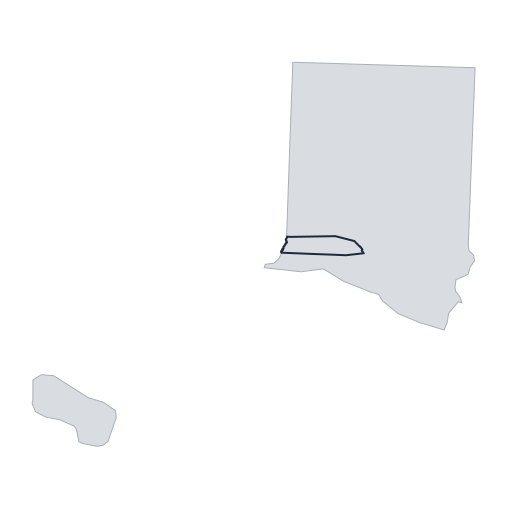 location of Machinda, Litoral, Equatorial Guinea, rotated 272°
{"feature_id": "11065452B59369715507709", "entity_name": "Machinda", "entity_type": "district", "adm_level": 2, "iso_a3": "GNQ", "parent_name": "Equatorial Guinea", "parent_adm1": "Litoral", "projection": "natural_earth1", "projection_center": [9.965, 1.936], "detail": "fine", "context": "in_parent", "style": "outline", "palette": "slate", "viewbox_px": 512, "rotation_deg": 272, "n_neighbors": 0, "source": "geoboundaries", "source_scale": "gbopen_adm2", "svg_char_len": 2507}
<svg xmlns="http://www.w3.org/2000/svg" viewBox="0 0 512 512"><g transform="rotate(272 256 256)"><path d="M450.9,286.0L451.1,322.1L451.2,352.7L451.4,385.8L451.6,420.3L451.7,449.5L451.8,468.4L424.2,468.3L387.5,468.1L350.8,468.0L314.1,467.9L295.7,467.8L275.4,467.7L268.8,468.7L264.3,473.5L258.9,474.6L252.6,470.5L245.0,468.5L243.0,464.3L239.2,456.7L231.6,455.9L227.8,456.7L222.4,461.1L216.3,463.4L217.4,459.8L205.3,450.4L196.6,449.5L188.6,446.6L195.1,422.0L203.2,400.3L215.4,384.0L221.8,380.0L223.9,371.9L233.5,345.1L245.5,323.5L241.8,301.5L244.6,264.6L248.0,265.6L248.6,269.1L249.5,274.3L254.0,278.8L268.8,285.9L313.0,285.9L339.3,285.9L378.3,285.9L419.6,286.0L450.9,286.0ZM100.9,37.4L104.2,38.0L124.4,37.4L129.9,45.7L129.3,57.9L108.5,93.3L104.6,108.3L96.6,121.0L89.6,122.0L65.7,114.6L61.6,110.0L60.2,104.0L62.5,89.8L64.3,85.5L75.8,82.8L79.5,80.5L85.6,65.3L87.7,51.4L92.8,40.9L100.9,37.4Z" fill="#d9dde1" stroke="#a8b0b8" stroke-width="1"/><path d="M262.5,363.4L262.8,363.3L263.3,363.0L263.8,362.5L264.4,361.9L264.5,361.9L265.0,361.5L265.7,361.7L265.8,361.7L265.8,361.8L266.0,362.1L266.4,362.0L266.5,361.9L266.8,361.8L267.2,361.4L267.5,360.9L267.9,360.7L268.1,360.5L268.8,360.1L269.0,360.0L268.9,359.5L274.4,353.7L278.6,334.6L277.4,311.2L276.3,289.6L276.4,287.0L276.4,286.8L276.2,286.9L275.8,286.6L275.2,286.2L274.3,285.5L274.1,285.5L273.6,285.3L273.4,285.2L273.2,285.3L272.9,285.4L272.9,285.5L272.6,285.8L272.4,285.8L272.3,285.7L272.1,285.7L271.9,285.7L271.8,285.8L271.7,285.9L271.7,286.0L271.4,286.1L271.2,286.2L271.1,286.3L270.8,286.4L270.7,286.5L270.4,286.4L270.3,286.2L270.2,285.9L270.2,285.7L270.0,285.4L269.9,285.4L269.8,285.5L269.7,285.5L269.5,285.4L269.4,285.2L269.2,285.2L269.0,284.9L268.8,284.8L268.7,284.8L268.5,284.6L268.4,284.6L268.2,284.6L267.9,284.4L267.7,284.3L267.6,284.1L267.3,284.0L267.2,283.9L266.8,283.7L266.6,283.5L266.5,283.4L266.4,283.3L266.3,283.2L266.0,283.1L265.9,283.0L265.7,283.1L265.4,283.2L265.2,283.2L264.9,283.2L264.7,283.1L264.5,282.9L264.4,282.9L264.2,282.6L264.1,282.4L264.0,282.2L263.9,282.2L263.9,282.3L263.8,282.5L263.8,282.8L263.7,282.9L263.4,282.8L263.4,282.6L263.5,282.4L263.6,282.2L263.4,281.9L263.2,281.9L263.2,282.0L262.9,282.3L262.7,282.3L262.6,282.2L262.3,282.0L262.2,281.9L262.0,281.6L261.9,281.5L261.9,281.4L261.7,281.2L261.6,280.9L261.4,280.9L261.3,281.0L261.1,281.0L260.9,281.1L260.7,281.1L260.4,281.1L260.2,281.2L260.2,281.3L260.2,282.9L260.2,283.3L260.0,316.3L260.0,330.9L259.9,345.9L262.5,363.4Z" fill="none" stroke="#1e293b" stroke-width="2"/></g></svg>